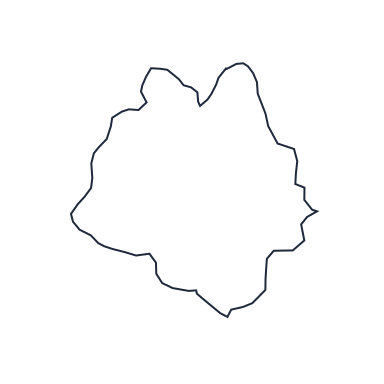 Ulricehamn, Västra Götaland, Sweden (Albers equal-area conic projection), rotated 327°
{"feature_id": "70781695B39673713776629", "entity_name": "Ulricehamn", "entity_type": "district", "adm_level": 2, "iso_a3": "SWE", "parent_name": "Sweden", "parent_adm1": "Västra Götaland", "projection": "albers", "projection_center": [13.518, 57.833], "detail": "fine", "context": "isolated", "style": "outline", "palette": "slate", "viewbox_px": 384, "rotation_deg": 327, "n_neighbors": 0, "source": "geoboundaries", "source_scale": "gbopen_adm2", "svg_char_len": 1197}
<svg xmlns="http://www.w3.org/2000/svg" viewBox="0 0 384 384"><g transform="rotate(327 192 192)"><path d="M287.8,106.9L276.5,110.6L270.7,115.1L261.7,120.3L255.3,122.9L245.7,124.2L246.3,119.7L250.8,111.3L248.2,103.7L243.1,97.9L242.4,90.2L237.9,76.1L232.8,71.6L225.1,65.9L216.1,70.4L208.4,75.5L203.9,80.0L202.7,92.1L191.8,94.1L184.1,88.3L177.0,86.4L166.7,86.3L165.5,86.3L159.7,92.7L149.4,101.1L138.5,103.6L130.8,106.1L123.1,113.2L116.0,126.0L109.5,133.7L99.2,137.5L89.6,140.0L80.9,143.5L78.6,144.4L76.0,152.1L77.2,162.4L83.6,173.4L85.5,183.7L88.7,189.5L94.4,196.6L102.8,205.7L110.5,214.8L122.7,220.6L123.3,231.6L117.5,241.2L117.4,252.2L123.4,262.0L135.3,273.1L141.9,276.8L140.7,280.0L144.6,292.8L149.7,309.0L153.7,316.1L160.8,312.0L171.9,316.1L182.0,318.1L200.2,314.1L206.3,305.0L212.3,296.9L218.4,288.8L228.5,285.8L236.6,290.8L244.7,295.9L259.8,293.8L265.9,278.6L275.0,275.6L286.3,276.3L283.1,272.3L281.9,259.8L288.7,249.6L283.0,241.6L289.2,233.1L297.1,223.4L301.0,211.5L290.2,198.0L291.8,178.2L295.8,167.7L296.3,166.3L298.0,158.3L300.7,145.3L306.3,135.2L308.0,125.5L307.4,117.1L305.1,112.0L298.9,108.7L292.1,108.1L288.2,107.6L287.8,106.9Z" fill="none" stroke="#1e293b" stroke-width="2"/></g></svg>